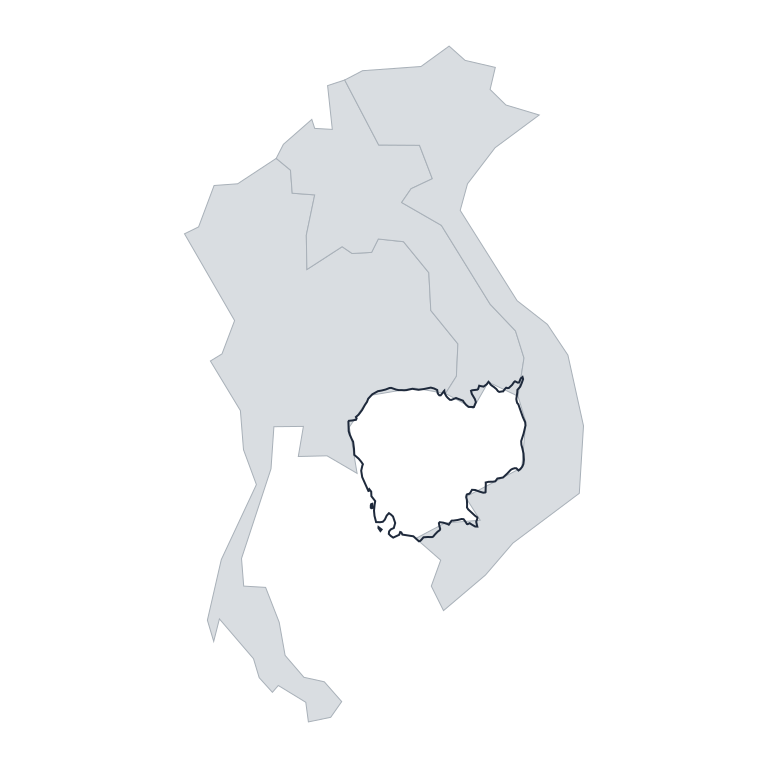 Cambodia shown with its bordering countries
{"feature_id": "KHM", "entity_name": "Cambodia", "entity_type": "country or territory", "adm_level": 0, "iso_a3": "KHM", "parent_name": "Asia", "parent_adm1": "", "projection": "robinson", "projection_center": [105.132, 12.558], "detail": "fine", "context": "with_neighbors", "style": "outline", "palette": "slate", "viewbox_px": 768, "rotation_deg": 0, "n_neighbors": 3, "source": "natural_earth", "source_scale": "50m", "svg_char_len": 4506}
<svg xmlns="http://www.w3.org/2000/svg" viewBox="0 0 768 768"><path d="M445.5,393.5L414.1,388.0L370.8,395.3L349.3,427.1L357.1,473.4L327.0,455.8L298.3,456.5L303.4,426.4L273.9,426.7L271.0,468.8L241.5,558.5L243.7,586.1L265.6,587.4L279.2,622.3L285.1,655.4L303.9,677.3L324.3,681.8L341.7,701.6L330.7,717.3L308.4,721.9L305.8,702.3L278.3,685.5L272.4,692.3L259.2,677.7L253.5,658.7L219.4,618.9L213.7,641.4L207.4,620.2L221.3,559.6L256.4,484.6L243.5,449.7L240.4,410.6L210.4,361.0L222.0,353.9L234.6,320.6L184.5,233.8L198.6,226.9L214.1,185.5L237.6,183.8L276.2,158.4L290.5,170.2L292.2,193.2L314.7,194.9L306.3,235.2L306.9,269.5L342.1,246.7L352.1,253.5L371.6,252.4L378.3,239.0L403.5,241.7L428.8,272.7L430.8,310.5L457.9,343.9L456.4,376.3L445.5,393.5Z" fill="#d9dde1" stroke="#a8b0b8" stroke-width="1"/><path d="M518.0,396.2L488.3,382.1L473.2,408.5L445.5,393.5L456.4,376.3L457.9,343.9L430.8,310.5L428.8,272.7L403.5,241.7L378.3,239.0L371.6,252.4L352.1,253.5L342.1,246.7L306.9,269.5L306.3,235.2L314.7,194.9L292.2,193.2L290.5,170.2L276.2,158.4L283.4,144.3L311.8,119.4L314.7,128.4L332.3,129.4L327.6,85.6L344.7,80.0L378.7,145.0L419.5,145.3L432.3,178.7L411.1,188.7L401.6,202.5L441.4,225.4L490.2,304.3L515.5,330.9L524.0,358.0L518.0,396.2Z" fill="#d9dde1" stroke="#a8b0b8" stroke-width="1"/><path d="M415.8,538.4L444.9,523.0L480.2,520.2L465.4,497.0L521.8,467.6L525.8,421.7L518.0,396.2L524.0,358.0L515.5,330.9L490.2,304.3L441.4,225.4L401.6,202.5L411.1,188.7L432.3,178.7L419.5,145.3L378.7,145.0L344.7,80.0L362.5,70.7L421.0,66.5L449.1,46.1L465.1,60.4L495.3,67.4L490.1,89.5L505.9,105.0L539.2,115.0L495.1,147.7L467.5,183.8L460.2,210.4L517.1,300.7L547.4,324.4L567.9,355.1L583.5,425.9L579.3,493.3L512.9,543.1L485.5,575.0L443.5,610.6L431.3,586.1L440.7,560.2L415.8,538.4Z" fill="#d9dde1" stroke="#a8b0b8" stroke-width="1"/><path d="M522.5,377.0L523.1,379.1L521.7,383.1L520.2,386.7L517.4,389.9L517.3,392.2L516.3,399.1L516.7,401.3L517.3,403.2L518.3,404.2L520.7,411.0L522.9,417.2L525.2,422.3L525.5,425.5L523.6,433.6L521.2,441.1L521.4,444.8L522.4,448.5L523.5,453.5L523.9,459.8L523.4,464.0L522.3,466.6L520.3,469.2L518.5,470.5L516.4,468.3L514.7,468.2L512.4,468.9L510.7,469.9L507.0,473.8L503.0,477.5L497.4,478.5L495.3,481.3L493.0,481.7L488.5,481.8L485.7,482.5L485.8,483.9L485.6,490.5L485.6,492.1L485.2,492.5L483.2,492.7L479.8,491.7L475.2,490.0L472.0,489.8L470.3,492.7L469.3,493.8L468.1,494.0L466.8,494.5L466.4,495.8L466.3,497.4L466.9,500.1L467.1,504.5L467.0,507.5L468.2,509.4L475.1,515.8L477.2,517.3L477.4,518.3L476.2,521.8L477.3,526.6L475.1,526.5L471.5,524.4L469.7,523.2L467.6,524.2L466.9,524.0L465.4,521.6L463.6,519.2L461.6,519.0L457.6,520.0L453.4,520.6L451.8,520.6L451.2,521.1L448.8,524.7L447.7,524.1L443.5,522.7L439.7,522.2L438.9,523.1L439.4,526.1L440.2,529.0L439.7,530.2L437.6,531.7L434.9,534.5L433.2,536.6L432.0,537.1L427.7,537.0L423.5,537.3L421.8,539.3L420.3,540.9L418.9,541.3L413.4,536.3L402.4,534.6L401.3,532.4L400.2,532.0L399.2,534.8L393.2,537.6L390.7,535.9L388.8,533.9L389.1,531.4L390.8,529.4L393.8,528.0L395.2,523.0L393.0,516.5L391.0,514.6L388.9,513.2L386.7,515.6L384.8,519.7L382.8,521.8L380.1,522.2L376.1,522.1L374.5,515.9L374.0,510.7L374.6,504.7L375.2,501.1L371.4,496.2L371.2,491.6L369.3,489.2L368.7,490.4L368.8,491.7L368.3,490.8L362.2,477.1L361.2,470.7L362.3,465.8L362.9,464.2L361.1,461.6L358.7,458.7L354.3,454.9L354.0,448.8L353.1,441.7L351.8,439.2L349.8,434.8L348.7,431.2L348.4,421.6L348.9,420.8L352.0,420.5L356.0,419.8L356.6,418.3L355.9,417.0L358.5,414.8L362.1,410.0L364.9,405.0L367.0,401.9L368.2,398.7L372.3,394.3L377.9,391.2L381.7,390.5L385.7,389.5L389.5,388.0L391.3,387.9L396.1,389.6L398.6,390.1L401.3,390.1L404.1,390.3L406.5,390.1L412.3,388.8L418.5,389.8L424.0,389.0L430.8,387.6L434.1,388.5L437.2,390.0L437.6,392.9L438.3,394.2L439.3,395.3L440.7,395.3L442.4,393.2L443.9,391.1L444.3,390.7L444.4,391.8L445.1,394.0L446.4,396.3L447.7,397.8L449.9,399.8L451.4,399.9L456.0,398.0L463.0,400.7L463.8,402.1L466.1,404.9L468.5,406.9L473.9,407.0L475.9,402.1L474.9,399.1L471.8,393.9L471.0,390.8L472.0,390.3L477.2,389.7L478.1,389.1L479.2,385.7L480.7,386.1L483.6,386.6L486.7,384.3L488.5,381.8L489.5,382.9L490.6,384.6L491.8,385.6L494.0,387.1L496.4,389.1L497.9,391.1L499.2,391.9L502.3,391.4L503.1,391.4L504.9,389.0L506.2,387.7L507.3,388.1L508.8,388.0L512.1,384.9L514.0,382.1L515.0,381.3L517.9,382.7L519.1,382.4L520.7,378.5L522.5,377.0ZM372.5,507.9L371.9,508.2L371.3,508.2L370.8,507.7L370.8,505.4L371.2,504.1L372.2,503.8L372.5,507.9ZM381.6,529.5L380.4,531.0L378.4,528.0L378.5,527.1L381.6,529.5Z" fill="none" stroke="#1e293b" stroke-width="2"/></svg>